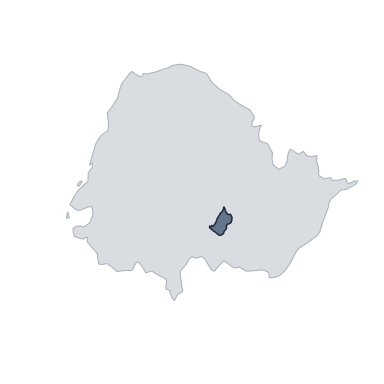 Prek Prasab, Krâchéh, Cambodia shown in context, rotated 40°
{"feature_id": "14789045B57642852254246", "entity_name": "Prek Prasab", "entity_type": "district", "adm_level": 2, "iso_a3": "KHM", "parent_name": "Cambodia", "parent_adm1": "Krâchéh", "projection": "robinson", "projection_center": [105.824, 12.492], "detail": "fine", "context": "in_parent", "style": "filled", "palette": "slate", "viewbox_px": 384, "rotation_deg": 40, "n_neighbors": 0, "source": "geoboundaries", "source_scale": "gbopen_adm2", "svg_char_len": 6219}
<svg xmlns="http://www.w3.org/2000/svg" viewBox="0 0 384 384"><g transform="rotate(40 192 192)"><path d="M311.9,77.0L312.6,79.9L310.7,85.5L308.6,90.6L304.7,95.0L304.5,98.3L303.1,108.0L303.7,111.1L304.6,113.7L305.9,115.1L309.3,124.6L312.4,133.3L315.5,140.4L316.0,144.9L313.2,156.2L310.0,166.7L310.3,171.9L311.7,177.1L313.2,184.1L313.8,193.0L313.0,198.8L311.5,202.4L308.6,206.1L306.2,207.9L303.2,204.8L300.8,204.7L297.7,205.6L295.2,207.1L290.1,212.5L284.4,217.8L276.6,219.1L273.6,223.0L270.4,223.6L264.2,223.8L260.2,224.7L260.3,226.6L260.0,235.9L260.1,238.1L259.5,238.7L256.7,239.0L251.9,237.5L245.5,235.2L241.0,234.9L238.6,238.9L237.2,240.5L235.5,240.7L233.7,241.5L233.1,243.3L233.0,245.5L233.8,249.4L234.2,255.5L233.9,259.7L235.6,262.4L245.4,271.3L248.3,273.5L248.6,274.8L246.9,279.7L248.4,286.5L245.4,286.3L240.2,283.4L237.8,281.6L234.8,283.1L233.8,282.8L231.8,279.4L229.2,276.0L226.5,275.8L220.8,277.2L214.9,278.1L212.7,278.1L211.8,278.7L208.4,283.8L207.0,282.9L201.1,281.0L195.8,280.2L194.7,281.5L195.3,285.7L196.5,289.7L195.8,291.5L192.9,293.6L189.0,297.4L186.6,300.4L184.9,301.2L179.0,301.0L173.1,301.4L170.7,304.2L168.5,306.4L166.6,307.0L158.9,300.1L143.6,297.6L141.9,294.6L140.5,294.0L139.0,298.0L130.6,301.8L127.1,299.5L124.5,296.7L124.9,293.2L127.4,290.4L131.5,288.4L133.5,281.4L130.3,272.3L127.5,269.7L124.6,267.6L121.5,271.0L118.9,276.7L116.2,279.7L112.3,280.3L106.7,280.1L104.5,271.5L103.8,264.2L104.6,255.8L105.5,250.8L100.1,243.9L99.8,237.4L97.2,234.0L96.4,235.7L96.5,237.6L95.8,236.3L87.3,217.1L85.9,208.2L87.4,201.4L88.2,199.1L85.8,195.5L82.3,191.4L76.3,186.0L75.9,177.5L74.5,167.5L72.7,164.1L69.9,158.0L68.4,152.9L68.0,139.4L68.7,138.3L73.1,137.9L78.6,136.9L79.5,134.8L78.5,133.0L82.1,129.9L87.2,123.2L91.2,116.2L94.0,111.8L95.7,107.4L101.4,101.2L109.4,96.9L114.7,95.9L120.3,94.5L125.6,92.4L128.2,92.2L134.8,94.7L138.4,95.3L142.1,95.3L146.0,95.6L149.4,95.3L157.6,93.6L166.2,94.9L173.9,93.8L183.4,91.8L188.1,93.1L192.4,95.1L193.0,99.2L193.9,101.1L195.4,102.6L197.3,102.6L199.7,99.7L201.7,96.7L202.4,96.2L202.5,97.6L203.5,100.8L205.3,104.0L207.1,106.1L210.2,108.9L212.2,109.0L218.7,106.4L228.5,110.2L229.6,112.1L232.8,116.0L236.2,118.8L243.8,119.0L246.5,112.1L245.2,107.9L240.9,100.7L239.7,96.4L241.1,95.6L248.4,94.8L249.6,93.9L251.2,89.2L253.2,89.8L257.3,90.4L261.6,87.2L264.2,83.8L265.6,85.3L267.1,87.7L268.8,89.1L271.9,91.1L275.3,94.0L277.4,96.8L279.1,97.9L283.5,97.1L284.7,97.2L287.2,93.8L289.0,91.9L290.5,92.5L292.7,92.4L297.2,88.1L299.8,84.1L301.3,83.0L305.4,85.0L307.0,84.6L309.3,79.1L311.9,77.0ZM101.7,260.2L100.8,260.7L100.1,260.7L99.3,259.9L99.3,256.8L99.9,254.9L101.3,254.6L101.7,260.2ZM114.4,290.6L112.7,292.6L110.0,288.4L110.0,287.2L114.4,290.6Z" fill="#d9dde1" stroke="#a8b0b8" stroke-width="1"/><path d="M227.6,207.0L227.8,207.5L228.0,207.6L228.3,207.8L228.5,208.0L228.8,208.0L229.1,208.1L229.6,208.1L229.9,208.0L230.1,208.0L230.3,208.0L230.5,208.1L231.0,208.0L231.3,208.0L231.5,208.0L231.8,208.0L232.0,208.0L232.3,208.0L232.5,208.1L232.8,208.1L233.0,208.1L233.5,208.1L233.8,208.1L234.0,208.0L234.4,207.9L234.6,207.9L235.0,207.8L235.4,207.8L235.7,207.8L236.0,207.8L236.8,207.8L237.0,207.8L237.3,207.8L237.7,207.8L237.9,207.7L238.2,207.7L238.7,207.7L238.9,207.7L239.1,207.7L239.3,207.7L239.7,207.8L239.9,207.8L240.2,207.8L240.3,207.7L240.5,207.6L240.8,207.5L241.0,207.4L241.2,207.2L241.4,207.0L241.5,206.9L241.8,206.6L241.9,206.4L242.0,206.2L242.2,205.7L242.4,205.3L242.6,204.9L242.6,204.7L242.7,204.3L242.8,203.9L242.7,203.8L242.7,203.5L242.7,203.1L242.6,202.9L242.4,202.6L242.2,202.2L242.1,201.9L241.9,201.5L241.9,201.4L241.9,201.2L241.8,200.7L241.9,200.4L241.9,200.2L241.9,199.7L241.9,199.3L241.9,199.1L241.9,198.6L241.8,198.4L241.7,197.9L241.6,197.5L241.5,197.3L241.4,197.1L241.2,196.8L241.1,196.7L240.6,196.2L240.4,195.9L240.3,195.7L240.1,195.4L240.0,195.1L239.9,195.0L239.9,194.9L239.9,194.7L239.8,194.4L239.9,194.0L240.1,193.7L240.2,193.4L240.4,193.1L240.5,192.9L240.6,192.7L240.9,192.3L241.0,192.1L241.1,191.9L241.3,191.6L241.3,191.3L241.4,191.1L241.4,190.7L241.4,190.3L241.4,190.0L241.4,189.8L241.3,189.5L241.3,189.4L241.2,189.1L240.9,188.9L240.8,188.7L240.7,188.7L240.7,188.4L240.7,188.1L240.6,187.9L240.3,187.6L240.2,187.5L240.0,187.4L239.9,187.3L239.8,187.1L239.7,187.0L239.4,186.2L239.2,185.9L239.0,185.7L238.9,185.6L238.7,185.6L238.3,185.6L238.2,185.5L237.9,185.4L237.5,185.1L237.4,185.1L237.2,185.0L237.1,184.9L236.8,184.7L236.7,184.6L236.3,184.5L236.2,184.5L235.9,184.5L235.7,184.5L235.4,184.8L235.1,185.1L234.9,185.3L234.7,185.5L234.4,185.8L234.1,185.9L234.0,186.0L233.8,186.0L233.7,186.0L233.4,186.0L232.8,185.9L232.7,185.9L232.3,185.7L232.1,185.7L231.6,185.7L231.3,185.7L231.1,185.7L230.9,185.6L230.7,185.5L230.6,185.3L230.4,185.2L230.1,185.1L229.8,184.9L229.6,184.7L229.3,184.6L229.1,184.5L228.9,184.4L228.7,184.3L228.5,184.2L228.4,184.2L228.2,184.0L227.9,183.9L227.7,183.8L227.5,183.7L227.5,183.4L227.4,183.4L227.3,183.5L227.1,183.6L227.1,183.4L226.8,183.2L226.7,183.2L226.4,183.0L226.2,183.0L226.2,183.3L226.3,183.4L226.4,183.5L226.4,183.8L226.5,183.8L226.6,184.0L226.8,184.2L226.8,184.3L226.9,184.5L227.0,184.6L227.2,184.8L227.2,185.0L227.2,185.3L227.1,185.5L227.2,185.8L227.3,186.0L227.5,186.4L227.5,186.5L227.5,186.8L227.6,187.0L227.7,187.7L227.7,187.9L227.7,188.0L227.6,188.3L227.5,188.5L227.4,188.8L227.4,189.0L227.4,189.3L227.4,189.6L227.4,189.8L227.4,190.0L227.5,190.4L227.5,190.5L227.6,190.8L227.6,191.0L227.6,191.3L227.6,191.5L227.7,191.8L227.8,192.1L227.9,192.3L228.0,192.5L228.0,192.9L228.0,193.0L228.0,193.4L228.0,193.5L228.0,193.8L228.1,194.1L228.2,194.3L228.2,194.6L228.2,194.8L228.2,195.0L228.2,195.3L228.2,195.5L228.3,196.1L228.5,196.5L228.7,196.8L228.8,196.9L228.8,197.0L228.9,197.3L229.1,197.7L229.4,198.9L229.5,199.1L229.6,199.4L229.7,199.9L229.8,200.2L229.8,200.4L229.9,200.7L229.9,200.9L229.9,201.2L230.0,201.8L230.1,202.1L230.1,202.3L230.1,202.5L230.2,203.5L230.2,203.9L230.1,204.3L230.1,204.5L230.0,204.9L229.9,204.9L229.9,205.0L229.7,205.1L229.5,205.3L229.5,205.2L229.4,205.1L229.5,205.1L229.4,205.1L229.2,205.2L229.2,205.3L229.1,205.5L228.9,205.5L228.7,205.6L228.6,205.8L228.6,206.0L228.7,206.3L228.7,206.5L228.3,206.6L228.2,206.7L228.1,206.8L227.9,206.9L227.8,207.0L227.6,207.0Z" fill="#64748b" stroke="#1e293b" stroke-width="1.5"/></g></svg>